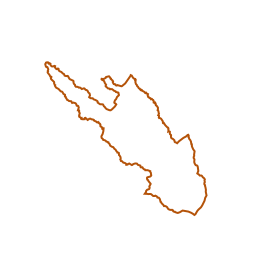 the district of Kangema, Central, Kenya, rotated 213°
{"feature_id": "3690345B7088366637447", "entity_name": "Kangema", "entity_type": "district", "adm_level": 2, "iso_a3": "KEN", "parent_name": "Kenya", "parent_adm1": "Central", "projection": "robinson", "projection_center": [36.916, -0.687], "detail": "fine", "context": "isolated", "style": "outline", "palette": "amber", "viewbox_px": 256, "rotation_deg": 213, "n_neighbors": 0, "source": "geoboundaries", "source_scale": "gbopen_adm2", "svg_char_len": 5938}
<svg xmlns="http://www.w3.org/2000/svg" viewBox="0 0 256 256"><g transform="rotate(213 128 128)"><path d="M232.4,138.1L232.2,137.6L232.2,136.5L230.3,134.8L229.5,134.7L229.1,135.1L228.7,135.1L227.1,134.0L226.7,133.6L226.4,132.2L225.9,132.0L225.8,131.0L225.3,130.6L222.6,129.7L221.3,128.9L220.2,129.2L219.9,128.7L219.9,127.8L219.1,127.1L215.2,126.4L214.8,126.1L214.3,125.2L213.0,124.3L212.4,124.3L212.3,123.7L211.9,123.4L210.3,122.7L207.5,122.9L204.4,122.1L203.3,122.5L202.7,122.5L200.6,121.4L199.0,121.6L198.6,121.2L198.4,120.5L198.1,120.1L197.0,120.1L196.6,119.5L195.5,119.2L195.1,118.8L194.2,118.4L193.3,118.7L192.2,118.5L190.1,119.5L188.5,118.6L187.6,119.6L185.5,120.2L184.4,119.8L183.2,118.8L182.7,118.9L182.2,119.3L181.7,119.3L180.4,118.3L179.7,115.8L179.2,116.2L178.6,116.1L178.2,115.7L178.2,115.1L176.5,114.1L175.9,112.0L175.4,111.8L175.2,111.0L174.7,110.8L173.4,111.0L172.7,110.5L172.3,111.0L171.8,110.2L170.5,110.8L169.3,111.7L169.7,112.2L169.7,112.8L169.3,113.3L166.9,113.0L166.3,112.7L165.9,113.3L165.5,114.7L164.5,115.4L163.3,115.4L162.2,116.0L161.1,116.2L160.8,115.8L160.3,115.7L158.3,116.1L157.4,115.8L157.1,116.1L156.5,116.2L156.3,116.6L155.9,116.3L155.5,116.6L154.9,116.2L153.9,116.3L153.1,115.9L153.0,115.5L152.6,115.3L152.0,114.4L149.5,114.4L149.4,113.5L149.1,113.2L148.1,113.2L147.9,113.7L146.9,111.8L146.0,109.1L145.8,106.7L145.5,106.1L144.5,105.2L143.1,105.1L142.3,104.5L140.8,105.1L139.5,105.1L138.8,104.8L137.6,105.2L137.1,105.0L136.6,105.3L136.1,104.8L134.6,104.5L133.4,103.5L131.3,103.5L129.9,103.9L128.0,103.1L126.7,103.1L125.2,102.3L123.9,102.0L123.5,101.6L122.6,102.1L122.1,102.1L120.8,100.4L120.2,100.4L118.4,99.5L117.4,98.2L117.3,97.4L116.4,97.0L116.0,96.5L115.0,96.9L113.0,96.4L111.9,96.9L110.7,97.0L110.0,96.9L109.4,96.2L108.4,97.1L108.4,97.8L107.6,98.9L104.6,99.0L104.2,99.5L104.0,100.5L103.0,101.8L102.2,102.5L101.0,103.0L99.7,102.5L97.2,103.2L96.2,102.1L95.7,102.0L94.5,102.9L93.3,102.3L92.2,102.1L91.2,102.4L90.5,102.0L88.6,103.3L85.9,103.9L85.7,103.4L84.6,103.0L82.7,100.9L82.7,100.1L83.0,99.3L84.8,97.3L85.0,96.9L84.8,96.3L83.7,95.2L82.7,95.2L81.9,94.6L78.7,93.6L78.5,93.2L78.3,90.6L77.4,89.8L77.0,88.7L77.1,88.1L78.2,86.8L78.4,86.3L78.5,85.0L78.0,84.0L78.1,82.0L75.7,83.4L75.2,83.5L73.4,84.8L72.5,85.1L69.8,84.7L68.6,85.5L68.3,86.1L66.8,86.3L65.9,86.1L65.4,85.7L64.2,86.3L63.4,86.1L62.4,85.6L60.5,83.8L60.0,83.9L58.8,83.2L56.3,82.7L55.3,82.1L54.3,82.8L53.3,83.0L52.0,82.9L50.6,82.1L49.4,82.0L48.0,82.3L46.4,83.4L45.9,83.2L45.4,83.4L44.7,82.8L44.1,82.8L43.0,83.3L42.7,83.1L40.3,83.7L39.8,84.1L38.6,85.7L37.3,88.4L37.0,88.6L31.8,90.8L28.9,91.3L26.6,91.4L25.0,91.2L24.5,92.4L24.7,96.0L24.5,97.8L23.6,101.2L23.6,103.5L24.2,108.7L25.2,111.4L25.4,114.2L28.0,116.8L29.0,118.6L30.8,120.5L32.0,121.5L32.2,122.0L33.3,122.4L34.0,123.4L34.1,124.5L35.3,125.7L35.6,126.8L37.2,127.4L38.3,127.4L40.0,128.1L40.6,128.1L41.9,127.2L43.3,127.6L45.1,127.6L45.6,130.2L48.3,133.4L49.3,134.1L50.0,134.1L51.0,133.7L52.7,134.5L53.9,135.5L55.2,137.9L56.7,138.7L57.3,140.0L57.3,140.7L58.1,141.7L59.5,144.8L61.8,145.7L64.4,147.4L65.2,148.6L65.7,148.7L65.8,149.2L66.4,149.3L67.8,150.9L69.3,151.8L70.9,152.3L71.9,153.3L72.3,153.3L72.9,154.6L73.2,154.8L73.8,155.1L74.2,154.6L74.8,152.3L76.1,150.0L78.0,144.7L78.5,142.0L79.9,142.0L80.8,141.7L81.3,141.8L82.5,143.0L84.5,143.3L85.9,143.1L86.7,143.5L87.6,144.6L87.8,145.2L88.2,145.6L89.4,145.7L90.1,146.4L90.9,147.7L92.0,147.5L92.3,147.0L93.0,148.5L93.4,148.7L93.9,149.7L94.6,150.1L95.0,149.9L98.2,150.6L100.6,151.7L100.9,151.2L101.4,151.2L102.5,152.6L105.3,153.8L106.9,153.7L107.3,153.3L107.8,153.5L108.6,155.1L109.2,155.5L109.6,155.3L109.9,157.0L110.3,157.2L111.8,158.8L112.9,159.1L112.9,159.7L114.0,161.4L115.9,162.2L117.0,162.2L117.7,163.2L118.6,163.8L118.9,163.5L119.3,164.0L119.9,163.4L120.3,163.3L120.7,163.7L120.9,164.4L122.1,165.2L122.7,165.0L123.8,165.4L124.3,165.2L124.5,164.7L125.5,165.2L125.9,164.9L127.5,165.0L127.9,165.4L128.3,165.2L129.4,166.2L129.7,167.3L131.4,167.1L131.9,167.4L132.2,166.8L132.7,166.7L133.6,167.2L136.6,167.0L137.0,167.4L137.5,167.3L137.3,166.8L137.8,166.7L138.0,167.1L138.5,167.3L139.1,167.0L139.6,167.4L140.6,167.2L142.2,168.1L142.6,168.0L143.5,168.3L144.0,168.9L145.3,169.2L146.9,170.6L147.3,171.7L147.6,172.2L147.9,171.8L148.3,172.0L148.8,173.0L149.7,172.7L150.3,172.7L151.5,173.0L153.4,174.0L154.5,173.8L154.3,173.1L154.6,163.9L155.9,159.8L156.3,159.4L160.3,158.2L160.5,157.5L161.0,157.2L162.1,157.3L162.4,157.7L163.0,157.6L163.9,157.1L165.5,157.9L165.9,158.3L165.8,158.8L166.6,159.4L168.8,159.7L169.1,160.1L169.6,159.9L170.5,160.6L172.1,161.0L174.1,158.9L174.2,158.5L174.0,157.9L174.3,157.3L175.3,155.6L176.9,154.9L176.8,154.5L176.4,154.3L175.4,154.3L174.5,154.6L173.2,154.1L172.1,153.2L169.9,152.3L169.7,151.0L168.5,150.6L167.7,150.6L166.3,150.3L165.1,150.9L164.5,151.0L164.2,150.7L162.6,151.9L160.9,151.8L160.4,151.6L158.4,152.0L157.8,151.6L155.5,152.4L155.0,152.2L154.7,151.6L154.0,151.2L153.5,150.5L154.1,148.0L153.7,145.8L154.0,144.1L153.5,142.1L153.1,141.7L151.3,141.6L150.7,141.4L150.7,138.9L151.6,134.9L152.2,133.4L153.3,132.8L156.4,132.2L158.4,132.7L158.8,133.0L160.0,133.1L161.7,134.1L162.2,134.0L164.4,132.7L167.3,132.8L167.9,133.7L168.9,133.9L170.9,133.7L172.5,133.3L173.8,133.7L175.4,132.7L176.8,132.6L177.4,132.7L177.6,134.6L179.0,136.0L180.6,136.2L182.2,137.2L183.4,137.3L183.8,137.0L184.8,137.0L185.8,137.4L186.5,137.3L188.0,135.5L189.6,135.8L190.5,135.7L191.1,135.1L191.7,135.2L193.1,134.9L194.1,134.2L195.2,134.5L196.1,135.4L197.1,135.5L197.7,135.8L198.5,136.5L199.2,137.6L199.7,137.8L203.2,137.3L204.0,137.4L206.6,138.8L207.2,138.7L208.2,137.8L209.7,137.4L211.2,138.4L212.4,138.2L214.3,138.7L216.0,138.4L217.2,138.5L217.6,138.7L218.3,139.7L218.9,139.8L219.4,139.5L219.6,138.8L220.1,138.4L222.3,139.0L222.8,140.2L223.6,140.0L224.5,138.7L225.4,138.2L226.5,138.3L227.7,138.9L228.1,139.7L229.0,139.6L229.5,138.8L230.0,138.9L230.4,139.5L230.9,139.5L231.9,138.8L232.4,138.1Z" fill="none" stroke="#b45309" stroke-width="2"/></g></svg>